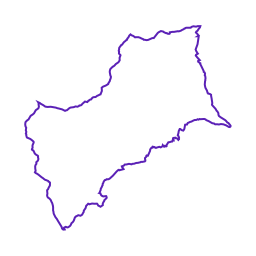 outline of Dragoslavele, Arges, Romania, rotated 173°
{"feature_id": "2599482B51563470344837", "entity_name": "Dragoslavele", "entity_type": "district", "adm_level": 2, "iso_a3": "ROU", "parent_name": "Romania", "parent_adm1": "Arges", "projection": "albers", "projection_center": [25.232, 45.358], "detail": "fine", "context": "isolated", "style": "outline", "palette": "violet", "viewbox_px": 256, "rotation_deg": 173, "n_neighbors": 0, "source": "geoboundaries", "source_scale": "gbopen_adm2", "svg_char_len": 5809}
<svg xmlns="http://www.w3.org/2000/svg" viewBox="0 0 256 256"><g transform="rotate(173 128 128)"><path d="M214.0,164.5L213.7,163.9L213.9,162.1L213.8,160.2L214.0,159.6L214.6,158.4L217.4,156.9L219.5,154.0L221.0,153.0L223.1,152.0L225.8,148.5L226.8,148.1L228.5,146.8L229.0,146.3L229.3,145.4L229.6,143.8L229.5,142.0L229.0,140.7L229.7,138.2L229.4,136.5L230.1,134.8L229.7,134.2L229.9,133.1L229.6,131.2L229.4,130.8L226.4,129.1L225.2,128.0L223.4,126.0L223.4,125.0L224.7,122.8L225.0,121.9L225.1,120.0L225.9,118.8L226.0,118.3L225.7,117.9L224.9,117.4L224.5,116.9L224.5,116.4L224.0,115.4L223.7,114.1L222.5,112.7L220.9,111.5L220.7,111.0L220.9,110.0L220.7,108.3L220.9,107.6L221.5,106.5L223.2,105.2L223.3,103.6L224.3,102.5L224.8,101.3L225.0,99.0L224.9,96.7L225.8,95.4L225.1,94.5L224.1,93.9L222.7,92.7L219.6,89.5L218.5,88.6L217.7,87.7L216.5,86.6L215.7,86.3L213.6,85.1L213.4,84.4L212.5,83.9L212.1,83.2L212.4,81.1L212.6,80.3L214.0,78.5L214.8,77.0L215.7,76.3L215.9,75.9L216.0,72.6L216.5,71.2L216.4,69.8L216.0,68.8L214.6,67.6L213.5,66.0L213.0,64.2L212.4,62.7L212.0,60.0L212.0,58.4L212.4,55.3L212.2,54.1L212.2,52.3L212.0,51.5L210.9,48.4L209.6,46.2L209.1,44.9L206.0,38.1L205.7,36.3L205.1,35.4L204.4,35.0L203.2,35.0L203.3,35.4L203.9,36.5L203.7,36.8L203.4,37.0L201.8,37.5L200.6,36.8L199.8,36.7L199.0,37.0L197.4,37.9L196.6,38.8L195.7,40.4L194.3,41.3L193.3,42.4L192.7,43.4L192.6,43.9L192.2,44.3L191.7,45.6L191.4,45.9L191.0,46.0L190.5,46.6L189.4,46.9L188.0,47.5L185.8,46.7L184.0,47.6L183.4,48.6L182.2,50.1L181.9,51.4L179.9,53.6L178.9,56.0L178.1,56.5L176.8,57.7L176.3,57.6L175.6,57.0L172.9,57.4L170.5,56.9L168.0,56.7L167.7,56.3L166.9,54.5L166.1,54.1L164.9,53.2L162.4,54.5L162.3,55.9L161.6,57.2L161.1,57.8L160.9,57.9L160.5,58.5L160.4,59.1L157.8,61.1L157.6,61.7L157.9,63.0L158.5,63.1L161.0,63.1L161.7,63.7L162.1,63.8L162.7,64.4L163.1,65.3L163.3,66.4L164.4,66.9L164.1,67.1L163.6,68.3L162.7,69.8L162.4,71.1L161.5,72.2L160.6,73.8L160.2,74.2L159.9,75.7L159.4,76.2L158.6,77.8L157.4,79.1L156.5,79.1L155.8,79.6L155.2,79.8L154.3,79.5L153.3,79.6L152.2,80.1L148.8,82.5L144.5,86.3L142.6,87.6L142.1,87.6L141.7,87.1L137.4,87.7L137.6,88.3L138.6,89.9L138.8,90.7L136.9,91.1L136.3,91.5L135.8,92.1L133.9,92.0L131.4,92.3L128.8,91.5L128.1,91.9L126.3,91.8L124.1,92.3L122.3,92.2L121.0,92.4L120.3,92.4L119.2,92.8L118.0,92.6L115.4,92.8L114.8,93.3L114.7,94.2L114.9,94.9L114.8,96.1L113.2,97.4L113.1,98.3L112.8,98.5L111.6,98.1L108.9,102.6L108.6,104.0L107.6,105.1L107.1,105.5L106.6,105.4L105.9,106.4L105.7,106.3L105.7,106.0L105.1,105.8L105.1,106.2L104.1,105.9L102.7,104.8L102.3,105.0L99.2,105.5L97.9,104.8L95.9,105.7L95.6,106.6L94.8,105.3L94.4,105.0L93.9,105.1L93.9,105.8L92.3,105.1L92.1,105.2L92.3,105.6L92.3,105.8L91.9,105.8L91.5,106.7L89.7,108.9L88.3,108.9L87.0,109.2L85.8,109.2L85.2,110.4L84.2,110.0L84.1,110.5L84.4,110.9L84.6,111.4L84.6,112.3L84.2,112.6L82.1,112.6L82.0,112.1L81.0,111.9L80.1,111.2L79.8,110.4L79.5,110.1L79.2,110.6L78.8,110.7L78.8,111.3L78.5,111.9L78.8,113.6L79.5,114.7L78.6,116.7L78.0,118.8L76.8,120.7L76.2,120.6L74.9,119.3L73.5,118.7L72.5,119.7L72.1,120.5L70.9,124.3L68.9,124.3L68.5,125.2L68.0,125.7L66.9,126.0L65.9,126.4L64.0,126.7L63.2,127.1L61.0,127.8L59.1,127.7L57.8,128.2L56.9,127.7L55.8,128.2L55.0,127.9L51.3,127.7L50.0,127.1L49.4,126.3L47.1,125.0L43.8,122.5L41.9,121.9L41.3,121.2L40.7,121.0L38.8,120.8L37.3,120.4L35.3,120.6L32.8,120.0L30.2,118.6L27.7,116.7L26.7,116.6L26.1,116.1L26.3,116.5L25.9,117.6L26.3,118.5L27.8,120.8L28.7,121.3L29.9,123.2L30.6,124.0L34.8,127.4L36.3,128.9L36.5,129.5L36.6,130.4L36.5,131.7L37.3,133.6L37.9,134.2L38.8,136.4L41.7,140.5L41.8,141.1L41.4,142.0L41.3,143.0L41.4,146.2L41.4,147.0L41.6,149.7L41.5,150.9L42.6,151.8L44.2,152.4L44.2,152.7L44.7,153.1L45.1,155.6L46.2,158.3L46.4,159.7L46.5,161.8L45.8,165.1L45.4,166.0L45.4,166.6L45.0,167.9L45.0,170.1L45.4,171.0L44.9,172.4L45.2,173.8L46.0,174.4L46.0,175.5L47.9,181.1L48.7,183.2L48.4,183.5L50.2,185.2L50.0,185.4L50.1,185.6L50.1,186.2L49.3,186.6L48.6,186.7L51.0,190.1L51.3,190.7L51.9,191.6L51.5,192.4L49.6,193.3L50.1,194.1L50.4,195.0L50.8,195.7L51.3,197.7L48.8,202.6L46.6,210.5L47.6,210.6L46.6,211.1L47.9,213.2L49.0,214.5L48.9,214.7L48.4,215.4L47.2,216.0L46.0,217.5L44.4,219.0L43.8,220.3L46.4,220.6L48.1,220.3L50.7,221.0L52.7,220.6L53.3,220.0L53.7,219.9L58.1,220.4L58.9,220.2L59.4,219.8L60.0,219.8L60.6,219.3L62.5,218.7L63.5,218.2L65.2,217.8L66.4,217.8L66.7,218.0L70.6,217.8L72.1,218.0L74.8,217.9L74.8,217.3L75.1,216.6L75.7,216.4L77.3,216.8L77.6,217.0L77.9,217.5L78.9,217.6L80.9,218.9L81.1,219.3L81.5,219.5L83.5,220.2L85.9,219.3L86.9,218.7L91.5,214.1L92.1,214.3L93.2,214.2L97.2,213.0L98.7,212.9L100.9,213.6L101.7,213.7L102.3,214.5L103.8,215.2L104.6,215.9L106.7,216.9L109.4,217.2L109.9,217.1L111.3,218.5L112.0,219.0L113.2,219.6L114.1,220.6L115.3,219.7L115.8,219.1L116.6,217.8L117.5,217.1L117.9,216.7L118.1,215.8L118.2,215.7L119.3,215.3L119.9,214.7L121.2,214.0L122.6,212.7L123.6,211.5L125.0,210.9L125.2,210.4L125.7,210.0L126.9,208.7L127.1,208.2L127.2,207.1L127.6,206.4L127.8,205.7L127.5,205.1L127.9,203.2L127.8,202.8L126.6,201.3L126.6,201.0L127.8,198.7L128.0,196.2L129.5,194.4L132.4,192.9L133.8,191.6L135.2,190.8L135.6,190.8L138.3,188.7L138.8,187.7L139.2,186.5L139.3,185.4L139.1,182.3L138.8,181.4L138.7,180.8L139.2,179.3L140.1,177.7L140.3,176.9L142.0,174.8L142.3,174.4L142.2,174.2L142.3,174.0L145.0,172.8L147.7,172.1L149.2,171.2L149.4,168.0L151.2,164.7L151.8,164.7L153.2,164.1L154.7,163.7L156.4,162.7L158.1,162.8L159.2,162.6L160.3,161.8L161.0,160.9L162.0,160.8L162.9,160.5L163.7,159.8L164.1,159.8L165.2,158.7L167.5,159.5L170.4,157.5L171.3,156.6L172.2,156.2L173.5,156.3L174.0,155.8L175.5,155.3L177.5,155.8L179.3,155.3L182.5,155.3L183.7,154.9L186.4,153.1L187.6,153.0L188.4,152.7L191.1,154.5L194.6,155.9L195.6,156.2L197.1,157.0L202.1,158.5L205.4,158.7L207.5,159.3L209.2,160.9L211.8,162.8L212.4,163.5L214.0,164.5Z" fill="none" stroke="#5b21b6" stroke-width="2"/></g></svg>